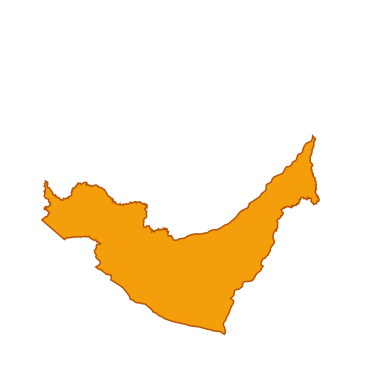 Caracaraí, Roraima, Brazil (Mercator projection), rotated 221°
{"feature_id": "56859067B80750202370332", "entity_name": "Caracaraí", "entity_type": "district", "adm_level": 2, "iso_a3": "BRA", "parent_name": "Brazil", "parent_adm1": "Roraima", "projection": "mercator", "projection_center": [-61.229, 0.312], "detail": "fine", "context": "isolated", "style": "filled", "palette": "amber", "viewbox_px": 384, "rotation_deg": 221, "n_neighbors": 0, "source": "geoboundaries", "source_scale": "gbopen_adm2", "svg_char_len": 5995}
<svg xmlns="http://www.w3.org/2000/svg" viewBox="0 0 384 384"><g transform="rotate(221 192 192)"><path d="M137.8,313.5L136.0,311.1L135.5,308.5L137.8,303.4L137.1,299.1L134.8,294.0L135.3,292.0L136.2,290.8L136.4,289.1L134.3,284.6L135.7,280.2L134.7,277.7L134.8,276.4L135.3,275.1L137.0,273.3L137.2,271.9L135.8,265.5L139.3,258.7L140.0,256.6L139.8,254.1L138.8,251.4L140.6,246.5L140.2,245.4L138.1,243.0L137.3,240.8L138.5,236.7L137.9,233.4L138.2,231.6L140.2,224.0L141.3,221.3L139.5,216.9L142.5,209.6L142.7,207.2L142.2,202.3L143.5,192.2L145.6,188.3L146.9,183.3L148.8,179.4L151.2,177.6L152.9,174.3L153.7,171.1L155.3,169.6L157.7,166.0L161.8,162.9L165.1,158.5L166.7,155.1L167.2,152.5L170.7,148.5L171.5,146.2L172.8,144.7L174.7,143.6L176.9,144.8L178.6,144.8L178.7,145.6L179.1,145.6L180.1,143.9L181.3,143.1L182.9,144.8L183.7,146.8L184.8,145.9L185.0,146.5L186.2,146.5L186.2,147.5L186.7,147.8L187.1,146.7L188.3,147.2L188.8,146.3L188.3,146.3L188.2,145.8L189.6,145.8L189.2,145.5L189.2,144.6L191.0,143.4L191.0,142.6L191.6,142.2L192.8,142.3L192.4,141.9L193.2,141.3L192.7,140.6L194.0,140.0L193.9,138.9L194.7,138.2L194.2,137.3L195.6,137.3L196.1,135.9L196.4,137.2L197.2,136.9L197.8,137.4L198.4,136.7L199.2,137.3L200.1,137.0L201.4,138.2L202.2,138.2L203.9,136.5L203.6,136.0L204.1,134.7L205.4,134.0L206.1,134.5L208.4,136.8L208.6,137.8L210.1,138.8L210.3,142.0L209.8,142.8L210.7,144.5L212.2,145.3L212.9,146.2L212.9,147.1L213.8,147.8L216.4,147.9L216.7,148.8L215.7,150.4L216.2,150.5L216.3,151.6L217.6,152.7L217.6,151.8L218.2,152.4L219.0,151.6L219.3,152.2L220.2,151.3L220.8,151.9L222.1,150.1L223.1,150.6L224.3,150.5L225.5,150.0L225.9,148.9L225.6,148.0L226.1,148.7L227.9,147.8L227.5,147.3L228.4,147.6L228.9,146.4L228.4,146.4L229.7,145.7L229.8,144.3L230.3,143.8L230.9,144.2L231.8,144.0L232.0,141.4L232.9,140.5L234.0,140.1L234.1,139.1L235.3,138.2L235.1,137.6L236.0,137.6L236.2,136.3L237.5,135.7L238.6,136.0L238.7,134.7L239.8,133.9L241.5,133.4L242.9,134.1L243.3,133.1L243.7,133.8L245.2,133.5L245.5,132.8L246.0,133.9L246.8,133.5L247.1,133.9L246.9,134.6L247.6,135.0L248.5,134.0L250.3,134.6L251.3,134.1L253.0,134.1L259.6,136.4L260.1,135.9L262.4,136.0L266.3,134.4L267.0,134.4L267.2,134.9L268.7,134.5L270.0,133.4L270.6,131.1L271.0,130.6L272.0,130.7L271.7,130.2L272.5,129.7L274.4,129.7L274.6,129.1L275.6,128.9L275.9,129.3L276.6,129.0L276.7,128.3L277.6,130.0L279.3,129.1L280.7,125.1L281.9,125.2L281.9,124.6L283.4,124.4L283.9,123.7L283.3,123.1L283.7,120.7L282.9,120.0L283.7,117.6L284.3,117.3L283.9,116.3L284.2,116.0L283.7,114.5L283.2,113.9L282.8,114.1L282.8,112.6L281.1,111.2L280.9,109.2L282.1,107.1L281.2,105.8L282.6,105.3L283.0,103.7L284.7,103.2L284.8,102.3L284.1,101.2L284.9,100.3L288.1,100.0L288.9,100.4L291.7,99.0L292.3,99.2L292.2,100.0L293.4,100.1L293.4,99.7L294.3,99.1L295.5,98.9L296.8,100.1L302.3,101.4L304.6,101.0L306.1,102.7L306.0,103.5L306.8,103.7L307.3,104.6L309.8,104.2L308.5,103.0L308.8,101.7L308.0,101.2L307.2,99.3L306.1,99.5L304.8,98.8L303.9,96.9L304.1,95.5L303.7,95.3L302.9,95.9L300.9,92.1L298.2,91.2L295.4,92.5L294.4,91.6L294.2,90.8L292.6,90.6L292.1,91.0L291.8,89.7L290.1,89.6L291.0,86.0L292.7,85.3L292.4,84.9L293.0,83.5L292.1,82.0L291.6,82.3L291.9,83.2L290.9,83.8L290.1,82.8L287.6,83.0L286.2,82.9L285.8,82.4L286.1,81.0L285.2,79.4L285.5,77.8L286.2,77.4L287.0,72.5L257.1,72.4L256.4,75.3L252.5,79.2L251.9,80.6L250.0,81.8L248.4,83.8L246.8,84.6L243.8,88.2L242.8,88.3L240.6,91.0L239.5,90.4L237.3,90.6L233.9,91.5L233.3,92.2L233.3,92.9L230.9,91.9L230.2,92.9L228.2,92.7L227.2,93.1L226.9,92.9L227.3,92.1L227.9,91.9L229.5,89.8L228.5,88.0L227.4,87.2L227.3,84.2L226.3,82.8L222.9,81.6L221.7,79.6L218.0,79.3L215.8,79.6L215.1,79.1L214.3,76.9L214.3,75.4L215.5,72.4L212.3,72.4L209.3,73.5L204.3,73.8L202.5,73.5L201.6,74.8L200.5,74.9L198.8,76.2L196.0,73.9L195.7,72.4L187.2,73.9L180.9,74.4L171.4,72.6L168.0,70.5L165.5,71.7L162.6,71.6L159.5,73.1L158.1,74.6L155.9,75.1L155.4,75.9L153.7,76.7L146.0,76.8L144.1,76.6L143.1,75.9L139.6,77.1L135.6,77.0L133.6,77.9L129.4,78.5L121.1,81.9L109.2,88.3L106.1,89.5L98.2,94.8L88.9,99.3L87.9,100.2L85.7,100.8L78.8,105.3L74.2,105.7L74.6,107.8L75.3,108.6L78.5,111.0L81.1,112.2L82.5,114.6L82.5,117.6L83.1,118.3L84.8,125.2L87.1,130.9L87.8,134.7L88.9,137.0L89.5,137.3L93.0,137.1L92.6,141.3L94.8,144.9L95.1,146.2L94.3,147.9L93.0,149.1L92.0,153.3L92.3,154.4L93.4,155.4L94.0,158.5L91.0,161.1L88.6,164.4L88.3,166.3L89.7,172.8L88.7,178.1L89.4,179.7L89.7,182.7L90.3,182.9L92.0,182.0L93.9,184.5L94.1,186.3L94.8,187.3L93.3,190.6L93.9,191.9L93.2,194.6L94.2,196.9L94.3,199.4L95.4,200.3L96.1,201.8L96.5,207.2L97.5,208.9L100.5,210.2L102.3,212.3L103.5,215.0L103.8,217.2L104.2,217.5L103.7,218.2L103.0,218.0L103.2,218.7L104.1,219.1L103.8,219.6L104.3,220.1L103.8,221.0L105.6,222.7L106.6,224.6L109.3,226.3L109.2,228.6L108.5,229.3L108.7,231.7L109.5,232.0L108.5,233.3L109.2,234.7L108.9,235.1L110.1,236.4L111.1,236.0L113.2,237.3L112.7,237.9L112.6,239.7L111.7,240.2L112.2,241.5L111.3,241.6L111.3,242.5L110.8,242.7L110.6,243.6L109.8,244.2L109.4,244.1L108.4,245.3L107.8,245.0L107.5,245.7L106.8,245.4L106.6,246.1L107.5,247.4L106.3,247.6L106.1,249.1L104.6,250.3L105.2,251.7L104.6,251.7L104.5,252.6L103.9,253.0L104.6,253.7L104.3,255.0L105.8,256.5L105.8,257.2L105.2,257.2L105.1,257.7L106.1,258.8L105.7,260.1L104.3,260.8L103.3,260.4L103.0,261.3L102.2,261.7L102.0,261.3L101.3,262.0L100.2,261.6L100.1,263.0L101.1,264.0L100.1,264.4L99.4,264.0L97.9,265.3L96.1,263.0L93.8,262.8L93.2,263.1L91.9,262.4L91.3,264.1L90.4,264.8L91.4,267.4L90.3,267.9L90.9,269.5L92.4,270.5L93.4,270.1L93.7,271.0L94.7,271.6L95.1,271.0L96.1,271.7L98.4,272.3L98.5,272.9L99.8,273.4L99.5,274.0L100.2,275.0L99.8,275.5L100.4,275.8L100.6,276.3L101.2,276.2L102.3,278.2L103.1,279.0L103.9,278.9L104.3,280.1L105.6,281.4L106.2,281.1L107.1,281.6L108.1,283.3L110.3,283.1L111.3,283.9L112.0,283.8L112.3,285.1L114.2,285.5L115.5,286.9L116.1,287.0L116.3,287.7L117.5,287.7L118.5,289.3L118.0,290.5L119.4,291.9L122.0,292.1L123.6,293.4L125.6,295.8L127.3,300.4L128.8,302.2L130.3,306.6L132.9,309.8L133.1,311.9L133.8,313.1L137.8,313.5Z" fill="#f59e0b" stroke="#b45309" stroke-width="1.5"/></g></svg>